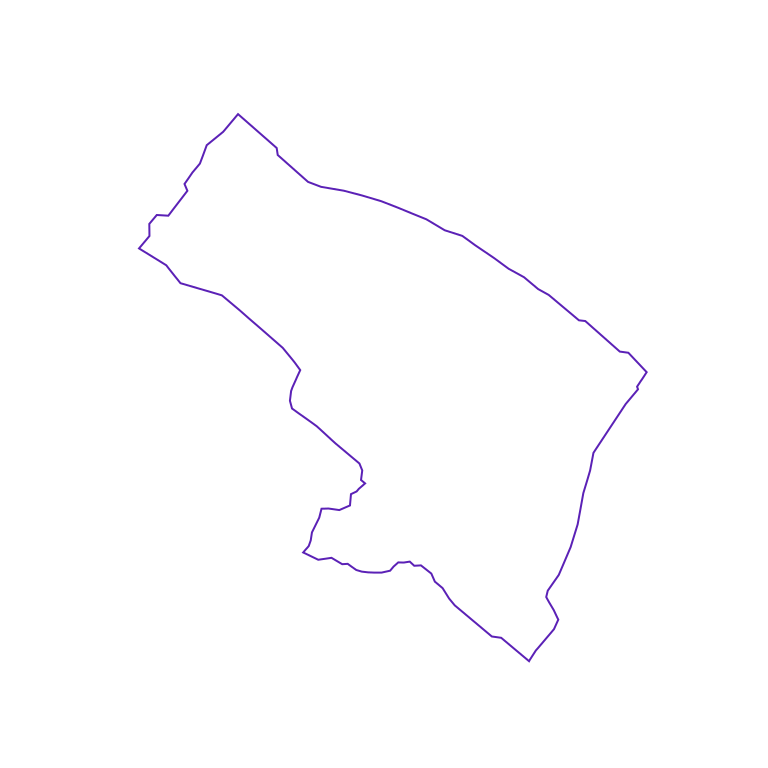 the district of Abu Kershola, South Kordufan, Sudan, rotated 130°
{"feature_id": "16777658B31438962952191", "entity_name": "Abu Kershola", "entity_type": "district", "adm_level": 2, "iso_a3": "SDN", "parent_name": "Sudan", "parent_adm1": "South Kordufan", "projection": "robinson", "projection_center": [30.867, 11.992], "detail": "fine", "context": "isolated", "style": "outline", "palette": "violet", "viewbox_px": 768, "rotation_deg": 130, "n_neighbors": 0, "source": "geoboundaries", "source_scale": "gbopen_adm2", "svg_char_len": 2290}
<svg xmlns="http://www.w3.org/2000/svg" viewBox="0 0 768 768"><g transform="rotate(130 384 384)"><path d="M503.1,94.7L501.6,95.0L490.5,96.4L487.2,96.3L485.9,96.3L466.5,96.2L462.5,96.2L454.0,98.6L452.5,99.0L450.6,103.2L448.1,108.6L445.1,117.2L443.8,120.6L443.7,120.9L442.9,122.8L437.1,125.7L417.9,127.4L408.6,130.2L388.9,136.2L388.7,136.3L367.1,145.4L356.0,151.7L339.4,161.2L330.0,165.2L326.5,166.7L317.8,170.5L302.1,179.3L297.9,179.8L243.9,186.0L224.8,186.0L224.6,186.3L224.4,186.6L223.4,188.4L223.0,188.5L222.3,188.5L221.2,188.7L219.8,188.8L219.0,188.9L218.6,189.0L215.6,189.3L215.2,189.3L210.9,189.8L206.1,190.4L203.0,216.9L207.6,224.2L206.4,270.3L209.9,275.6L209.9,303.3L209.9,315.1L212.2,326.9L212.2,339.5L212.2,344.8L212.2,345.4L215.6,362.5L216.8,381.0L219.1,403.4L220.2,419.2L227.2,436.3L230.6,457.4L235.3,471.9L239.9,486.4L245.7,503.5L253.7,522.0L261.8,539.1L273.4,558.9L278.0,572.1L276.9,612.6L272.2,617.9L271.1,669.3L294.2,669.3L315.0,673.3L325.5,669.5L333.5,666.7L345.1,666.7L352.2,666.0L359.0,665.4L362.4,658.8L385.6,657.8L393.7,657.4L400.6,666.7L412.2,666.7L421.4,658.8L437.6,658.8L437.1,655.2L435.2,642.3L433.5,630.6L433.0,627.1L433.8,623.5L435.9,613.3L436.6,609.6L437.1,607.2L437.6,604.7L436.4,602.0L430.4,588.3L424.8,575.6L421.8,568.7L420.3,565.2L420.3,548.1L420.3,542.5L420.6,529.8L420.8,515.3L421.3,489.9L421.4,484.8L422.7,477.9L424.1,470.4L424.9,466.4L427.2,457.1L431.2,456.0L434.9,455.0L436.5,454.5L441.8,453.0L445.7,451.9L445.9,451.8L449.2,450.6L449.6,450.3L457.3,445.3L461.9,438.7L461.3,430.4L460.4,419.6L459.6,408.4L460.0,398.7L460.5,388.4L460.7,382.9L460.7,382.0L460.7,362.3L460.7,351.7L464.2,345.1L472.3,339.9L472.3,334.6L474.9,335.0L480.4,335.9L483.9,335.9L489.6,338.5L498.9,332.0L509.3,337.2L512.4,342.2L512.9,343.0L515.1,346.5L517.6,349.3L519.7,351.7L527.8,347.8L528.4,347.6L544.0,343.8L550.9,339.6L556.5,337.5L558.7,337.5L561.5,337.6L563.8,337.6L565.0,337.6L560.9,321.4L554.2,315.4L550.9,312.5L548.9,300.2L545.1,296.2L544.7,290.5L544.3,285.7L542.0,280.4L538.5,275.1L535.1,270.7L530.0,264.6L526.6,262.0L523.1,259.3L517.7,259.3L511.5,258.4L508.1,254.1L503.5,250.1L503.8,244.0L499.2,239.1L498.8,225.9L502.7,218.0L502.7,207.9L506.5,196.2L508.1,187.5L508.1,139.1L503.1,131.1L503.1,95.8L503.1,94.8L503.1,94.7Z" fill="none" stroke="#5b21b6" stroke-width="2"/></g></svg>